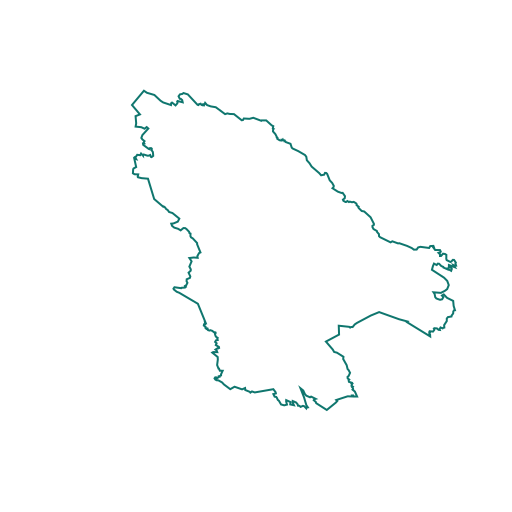 Aronas pag., Madona, Latvia (Equal Earth projection), rotated 39°
{"feature_id": "27541924B19624181266417", "entity_name": "Aronas pag.", "entity_type": "district", "adm_level": 2, "iso_a3": "LVA", "parent_name": "Latvia", "parent_adm1": "Madona", "projection": "equal_earth", "projection_center": [26.1, 56.896], "detail": "fine", "context": "isolated", "style": "outline", "palette": "teal", "viewbox_px": 512, "rotation_deg": 39, "n_neighbors": 0, "source": "geoboundaries", "source_scale": "gbopen_adm2", "svg_char_len": 6127}
<svg xmlns="http://www.w3.org/2000/svg" viewBox="0 0 512 512"><g transform="rotate(39 256 256)"><path d="M442.0,208.9L440.6,207.4L439.9,207.6L439.1,206.7L439.2,206.2L438.5,206.0L438.3,205.2L441.1,203.4L441.1,201.4L440.5,200.5L440.0,200.5L440.0,199.9L442.2,198.4L444.3,198.5L445.4,197.8L444.7,197.4L444.4,195.4L446.6,194.8L446.7,194.0L447.4,193.1L445.7,191.3L445.2,186.5L443.6,184.5L443.6,182.7L446.0,180.0L445.5,179.1L445.4,176.6L444.2,174.9L444.1,173.4L444.7,172.9L441.0,170.4L437.5,166.8L430.8,168.3L426.1,167.7L425.4,169.7L427.5,170.1L427.9,172.5L426.6,174.2L424.7,174.9L422.9,175.5L421.2,175.2L418.7,173.1L416.8,172.5L422.9,168.3L424.7,164.2L425.4,161.4L424.1,157.3L420.3,155.0L415.8,154.5L401.4,156.0L399.9,152.6L399.1,149.9L402.1,149.3L402.1,147.5L403.2,146.8L406.3,147.2L408.4,146.6L408.9,147.0L413.4,145.8L413.0,145.3L417.0,144.7L416.3,142.8L415.4,142.3L412.9,143.3L411.6,141.6L417.6,139.6L415.2,138.8L416.9,138.3L417.6,137.6L415.7,136.3L415.5,135.4L412.4,134.4L411.4,135.1L411.3,137.4L410.8,138.3L406.8,139.2L405.7,138.5L403.2,135.3L401.6,135.5L399.9,136.5L399.8,139.5L399.0,140.2L398.0,138.9L395.9,138.7L396.9,137.1L396.8,136.3L395.3,135.6L391.4,138.6L388.8,137.9L389.2,137.5L387.5,136.5L385.2,138.6L385.5,140.8L378.0,145.4L376.6,147.3L376.8,149.9L374.7,151.7L372.0,151.8L367.0,153.1L359.3,155.9L358.5,156.8L352.7,158.8L352.0,160.7L340.6,163.3L339.2,163.2L337.7,161.6L335.1,161.2L334.2,160.5L330.4,161.1L328.4,160.3L327.5,159.3L328.0,157.6L327.4,156.8L320.7,153.8L312.1,153.3L309.8,154.5L305.6,154.1L304.8,153.7L304.7,153.1L302.2,153.2L301.7,152.4L300.7,152.1L298.7,152.3L297.8,152.5L296.8,153.8L294.7,154.7L294.3,155.6L292.4,155.8L292.0,157.4L291.6,157.7L289.2,158.1L288.1,157.5L288.6,155.3L287.5,153.5L283.6,152.4L282.8,153.2L279.1,154.5L272.8,155.2L272.9,153.7L272.4,152.6L269.3,151.3L265.7,150.8L259.6,147.4L258.3,147.3L257.3,148.0L257.8,149.9L255.8,152.3L253.0,151.8L243.0,151.5L239.1,150.2L235.3,149.6L232.6,147.2L230.5,146.7L222.8,147.9L216.8,149.4L215.6,149.3L212.2,147.1L207.5,148.7L206.6,148.4L206.0,148.9L205.3,148.2L204.3,149.0L203.5,148.6L203.5,149.1L203.0,149.4L203.5,149.8L203.1,150.3L201.5,151.2L198.8,151.5L198.4,150.7L197.5,150.8L197.3,150.4L194.4,149.1L190.8,148.5L189.5,146.6L189.6,146.2L188.8,146.3L187.7,144.2L186.1,144.6L178.6,144.2L175.0,147.1L175.0,147.6L166.9,150.3L164.6,153.5L160.0,156.8L160.3,158.5L159.5,159.5L149.6,159.6L146.1,162.2L144.0,163.2L142.7,165.2L131.1,165.7L126.7,168.2L123.0,169.5L120.1,169.0L120.8,171.7L120.2,171.9L120.0,171.3L119.4,171.3L119.2,171.6L119.5,172.5L118.5,172.9L117.1,172.5L116.1,174.0L116.3,174.9L115.4,175.3L101.3,173.3L97.1,175.0L96.7,176.5L95.2,178.2L95.3,180.6L97.8,181.8L98.7,181.2L100.5,181.3L102.3,182.7L97.5,184.9L97.5,185.5L98.5,186.2L98.8,187.0L98.7,189.6L94.2,189.6L93.9,190.1L94.1,191.1L94.9,192.2L87.2,195.1L84.1,195.4L75.7,194.8L68.5,197.8L64.9,198.1L64.6,216.7L76.7,219.0L74.4,223.1L79.4,228.3L81.0,231.2L85.8,228.1L89.3,227.2L89.9,224.6L92.1,224.7L91.6,233.5L92.6,236.4L94.3,236.9L97.1,236.9L97.3,238.7L98.2,238.9L97.4,239.7L98.4,240.6L105.3,240.3L105.8,240.1L105.3,239.8L105.7,238.9L106.8,238.1L107.5,238.2L108.4,239.5L110.4,240.1L112.3,242.0L113.1,242.9L112.6,244.9L112.0,245.1L110.2,244.1L109.6,245.4L108.4,246.4L104.8,247.8L104.4,248.6L104.9,249.1L102.2,248.7L102.6,250.5L100.0,252.1L100.2,254.2L99.7,255.2L101.9,256.1L100.0,256.8L106.9,262.3L105.8,264.9L105.9,265.8L108.3,269.2L110.2,268.9L113.1,266.7L114.2,268.9L114.7,269.1L118.1,267.5L123.4,263.9L141.0,275.8L152.3,276.1L152.2,275.9L153.6,275.5L154.9,275.5L156.3,276.0L158.7,275.9L160.7,276.5L164.0,275.2L172.9,275.2L173.6,278.5L171.4,282.6L169.8,284.2L171.8,285.4L174.6,285.4L178.3,283.9L181.3,283.5L182.0,280.0L183.4,278.9L185.0,278.8L188.8,279.3L189.9,280.1L191.0,279.8L192.5,281.8L193.8,282.4L195.8,282.1L202.1,283.0L202.8,283.9L210.6,288.2L209.9,289.6L210.5,293.0L211.8,294.1L208.6,296.3L205.5,299.5L209.3,300.7L210.9,306.2L213.7,307.4L214.5,308.5L214.1,311.4L217.8,313.2L218.4,314.6L216.8,317.7L217.9,319.3L219.6,320.0L220.2,322.7L219.8,323.6L220.5,323.9L220.1,324.3L220.8,324.6L220.7,325.2L218.1,327.6L218.1,328.1L212.3,331.6L212.4,333.3L213.2,333.7L216.9,333.7L219.4,332.9L240.9,329.7L258.7,339.5L258.1,339.7L259.5,340.9L258.6,341.8L259.2,342.9L261.4,342.8L261.9,343.7L263.6,343.9L263.9,343.5L263.4,343.1L263.9,342.8L265.4,343.8L266.8,343.2L267.2,342.4L269.1,341.7L271.1,341.7L272.6,340.9L273.1,341.2L272.9,342.2L273.8,342.9L275.5,343.9L277.8,343.8L277.9,344.5L279.1,345.4L278.0,346.7L278.3,348.5L280.3,348.6L280.8,350.5L284.4,350.0L285.2,350.7L284.7,351.7L284.2,351.8L283.4,354.2L284.9,354.2L286.4,355.1L283.2,357.6L282.8,358.6L289.8,358.6L291.5,360.5L294.4,365.2L297.7,367.1L298.1,366.8L300.1,367.9L302.3,366.2L303.3,370.0L304.0,370.8L303.4,372.0L303.7,372.7L302.7,373.1L303.1,374.1L302.6,375.6L301.3,375.4L300.7,376.0L300.8,377.2L302.1,377.6L303.5,377.4L305.1,376.3L309.2,375.6L311.9,376.0L319.8,375.7L321.6,371.1L329.1,368.4L330.6,365.5L332.0,366.9L336.6,365.5L337.6,365.7L338.1,363.8L340.9,362.8L353.3,348.6L356.9,349.5L357.9,350.3L356.4,352.4L359.0,353.6L360.4,352.8L361.3,353.0L363.5,354.1L365.0,354.1L368.9,355.6L371.9,354.3L373.6,352.0L370.9,350.0L370.2,349.0L374.7,347.8L376.0,349.8L379.4,348.1L376.6,346.7L375.8,345.6L379.4,344.6L381.8,345.1L382.8,345.9L384.1,345.1L385.6,345.2L386.8,342.9L388.2,342.4L391.0,342.8L390.7,341.9L391.5,341.0L389.1,340.3L382.4,335.7L373.8,330.8L377.4,330.8L380.8,332.5L383.0,332.9L386.9,331.8L387.3,330.6L392.2,329.5L391.5,330.5L391.6,331.7L394.3,331.8L395.4,332.5L407.9,331.1L410.3,319.7L410.4,317.6L409.0,317.4L415.5,307.4L419.7,304.2L418.6,303.8L419.3,303.2L420.4,303.7L423.0,301.6L418.1,299.1L415.2,299.1L415.3,298.4L414.5,297.7L413.4,297.5L413.5,296.6L411.9,296.8L411.5,295.6L410.4,295.1L411.0,294.3L410.5,294.1L407.4,295.3L405.9,294.0L406.1,293.4L404.1,293.3L403.2,292.3L403.5,290.9L402.6,287.6L399.8,286.4L398.3,286.2L395.2,283.8L388.6,281.2L387.4,279.3L379.7,280.2L377.1,281.4L374.6,280.4L364.2,278.5L370.0,264.8L364.2,258.1L373.0,252.4L374.2,252.4L374.5,251.4L375.8,250.4L375.8,247.0L376.6,244.4L382.7,230.0L387.0,222.1L407.0,215.1L415.1,211.5L415.0,212.4L442.0,208.9Z" fill="none" stroke="#0f766e" stroke-width="2"/></g></svg>